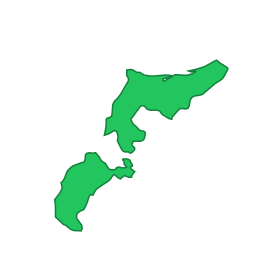 Ras Al Khaymah, Mercator projection, rotated 47°
{"feature_id": "ARE-338", "entity_name": "Ras Al Khaymah", "entity_type": "Emirate", "adm_level": 1, "iso_a3": "ARE", "parent_name": "United Arab Emirates", "parent_adm1": "", "projection": "mercator", "projection_center": [56.062, 25.448], "detail": "fine", "context": "isolated", "style": "filled", "palette": "green", "viewbox_px": 256, "rotation_deg": 47, "n_neighbors": 0, "source": "natural_earth", "source_scale": "10m", "svg_char_len": 3448}
<svg xmlns="http://www.w3.org/2000/svg" viewBox="0 0 256 256"><g transform="rotate(47 128 128)"><path d="M151.1,14.3L152.9,14.6L155.5,21.6L156.3,25.3L156.0,28.6L154.9,34.0L154.2,50.4L153.1,53.0L150.0,57.4L149.2,60.2L149.9,63.3L153.7,68.4L154.5,70.6L153.3,73.0L151.2,74.7L149.4,76.6L149.3,79.7L150.1,87.8L151.0,90.0L151.3,90.1L149.1,91.6L142.2,93.6L140.0,93.7L138.5,93.5L137.6,93.1L136.8,93.3L135.9,93.9L133.9,95.5L129.9,99.8L128.1,100.8L126.7,101.3L125.7,101.2L124.4,101.0L122.7,101.3L121.4,102.3L120.8,103.5L120.7,104.9L121.6,108.6L121.6,110.0L122.9,115.9L123.3,118.9L123.5,119.6L123.8,120.1L124.5,120.4L126.0,120.7L126.5,120.9L127.6,121.4L128.2,121.5L133.2,121.0L136.7,121.1L137.8,120.9L138.7,120.4L140.9,118.8L141.0,118.7L141.3,118.6L142.0,118.4L142.7,118.5L143.2,118.6L143.4,118.7L143.4,118.8L143.5,118.8L144.2,119.5L146.3,122.4L146.9,123.5L147.2,125.0L146.8,126.6L145.9,128.2L141.9,132.6L141.4,133.3L141.3,133.7L141.6,134.1L141.7,134.3L142.0,134.7L142.2,135.1L142.3,135.7L142.6,136.2L143.2,136.6L144.1,136.9L145.2,136.9L146.4,136.6L147.6,137.0L148.4,138.2L148.7,141.9L148.1,143.3L147.4,143.9L146.4,143.8L145.6,144.2L144.4,145.6L143.4,146.5L142.2,147.2L140.7,147.4L139.0,147.2L131.0,144.8L129.9,144.2L129.1,143.3L128.4,142.2L127.8,141.4L126.5,140.4L123.0,138.8L121.9,139.0L120.7,139.7L120.1,141.4L119.4,145.5L117.2,150.3L114.5,146.4L111.1,142.1L106.8,138.1L106.6,136.6L107.2,135.2L108.0,133.8L108.1,132.0L107.0,130.3L100.9,123.6L99.7,121.4L99.2,119.6L99.2,119.0L99.2,117.2L99.0,114.3L98.3,110.5L93.9,95.9L93.0,94.5L91.8,93.8L90.2,93.4L88.9,93.2L84.9,89.5L84.8,89.4L84.7,89.3L87.0,86.2L88.8,84.8L90.2,84.6L92.3,83.9L94.1,83.0L94.9,81.7L95.7,81.3L100.5,80.0L106.4,75.2L115.3,63.9L119.7,60.0L118.7,61.7L117.7,65.4L116.0,68.6L116.7,69.7L117.9,70.0L118.5,69.4L118.9,66.7L120.4,61.5L120.7,58.1L121.8,56.5L128.7,50.0L130.1,48.1L131.3,46.0L132.3,43.4L133.0,40.0L131.9,40.0L131.3,41.7L130.3,43.2L129.1,44.2L127.5,44.9L131.8,37.7L135.4,30.0L138.3,18.4L139.0,16.8L142.8,16.5L151.1,14.3ZM164.5,152.8L164.9,155.7L165.4,157.5L166.4,159.0L164.8,160.9L160.4,163.1L160.0,167.6L160.1,168.3L158.1,169.1L153.5,169.6L152.5,170.2L152.4,171.5L153.3,175.2L153.4,177.3L153.3,179.3L151.4,190.7L151.3,192.9L151.5,194.5L151.9,195.9L152.4,197.1L153.2,199.6L151.3,200.7L151.1,201.6L151.2,202.8L154.4,208.1L156.6,213.1L157.3,215.3L157.3,216.7L156.8,217.8L156.2,219.6L155.9,223.3L156.8,225.2L158.2,226.6L159.7,227.2L167.7,228.2L170.5,230.4L171.2,232.3L171.3,232.4L165.9,237.7L162.9,239.1L156.8,239.9L154.4,241.0L143.6,241.7L134.6,233.4L130.4,230.5L129.1,222.5L127.2,217.2L122.8,214.4L122.4,214.3L122.5,212.5L121.5,208.7L118.7,203.2L118.1,201.4L117.9,198.6L117.9,196.4L118.2,194.1L121.8,185.3L122.8,183.8L122.8,183.0L122.2,181.7L121.4,180.4L119.3,178.2L118.6,177.2L118.5,176.3L118.4,175.5L119.9,172.9L122.3,171.1L124.0,168.5L130.2,168.9L132.7,169.7L134.7,169.7L136.1,169.4L137.7,168.8L139.2,168.8L144.1,169.8L145.8,169.6L146.9,169.1L147.3,168.3L147.7,167.8L148.7,167.2L149.2,166.6L149.5,165.8L149.5,164.9L149.3,163.9L149.5,162.7L150.2,161.4L152.9,159.6L154.0,158.5L154.9,157.6L155.7,156.1L155.7,155.9L155.7,155.7L155.4,155.5L153.2,155.7L152.5,155.6L152.0,155.5L151.5,155.3L151.2,155.0L150.4,153.9L149.7,153.6L148.9,153.5L147.8,153.7L147.4,153.3L147.5,152.4L149.7,150.1L151.0,149.2L152.3,148.7L152.9,148.7L158.2,150.2L158.7,150.5L158.9,150.9L158.7,151.4L158.4,151.9L158.4,152.5L158.6,153.0L160.0,153.6L164.5,152.8Z" fill="#22c55e" stroke="#15803d" stroke-width="1.5"/></g></svg>